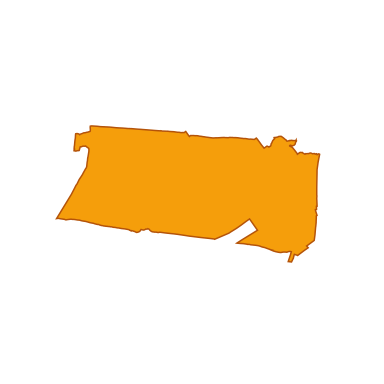 outline of Ibanesti, Botosani, Romania, rotated 325°
{"feature_id": "2599482B35973270357670", "entity_name": "Ibanesti", "entity_type": "district", "adm_level": 2, "iso_a3": "ROU", "parent_name": "Romania", "parent_adm1": "Botosani", "projection": "equal_earth", "projection_center": [26.394, 48.051], "detail": "fine", "context": "isolated", "style": "filled", "palette": "amber", "viewbox_px": 384, "rotation_deg": 325, "n_neighbors": 0, "source": "geoboundaries", "source_scale": "gbopen_adm2", "svg_char_len": 5947}
<svg xmlns="http://www.w3.org/2000/svg" viewBox="0 0 384 384"><g transform="rotate(325 192 192)"><path d="M296.1,260.8L300.3,255.0L304.7,249.0L307.2,245.5L312.4,239.9L318.2,234.3L318.1,234.0L318.0,233.9L317.6,233.4L317.3,233.2L316.6,233.2L315.9,233.2L315.9,232.0L315.8,231.9L314.8,231.8L314.5,231.4L314.5,230.9L314.4,230.8L313.9,230.4L313.3,230.2L312.8,229.9L312.6,229.7L312.2,229.0L311.8,228.4L311.5,228.1L311.1,227.8L309.7,227.5L308.8,226.9L308.2,226.5L307.4,226.1L307.2,226.0L307.1,225.8L306.5,225.9L306.2,225.8L305.4,224.1L305.0,223.2L305.0,222.8L304.6,222.6L304.3,222.4L304.0,222.2L303.4,221.6L302.9,221.5L301.1,221.5L300.0,221.5L300.2,220.8L300.2,220.4L300.0,215.9L299.9,215.0L299.9,214.2L299.8,213.3L299.6,212.6L299.4,212.2L299.0,211.5L298.5,210.8L298.4,210.5L298.4,210.2L298.7,210.0L299.0,210.0L299.4,210.1L299.6,210.3L300.1,211.0L300.4,211.4L300.9,211.8L301.6,212.0L302.2,212.2L302.9,212.2L304.0,211.9L305.4,210.7L306.7,210.2L306.8,210.1L306.6,209.9L307.1,209.1L306.4,209.4L306.2,209.3L305.8,208.9L305.3,208.6L304.8,208.2L304.2,207.8L303.7,207.4L303.5,206.9L302.7,206.6L302.1,206.1L301.5,205.8L301.4,206.0L300.1,205.3L299.6,205.2L299.1,204.9L299.0,204.6L298.8,204.4L298.9,204.1L298.9,203.2L298.5,202.5L298.3,201.5L298.1,200.9L297.9,200.0L297.4,198.7L297.2,197.9L296.7,197.3L295.9,196.9L295.3,196.4L294.6,196.2L293.6,196.1L292.8,195.7L292.2,195.5L291.5,195.0L291.0,194.8L290.5,194.5L290.3,194.6L290.4,195.2L290.4,195.6L290.2,195.7L289.9,195.8L289.0,195.9L287.7,196.2L286.5,196.9L285.8,197.4L285.4,197.6L284.7,197.8L283.8,198.6L283.1,199.3L282.7,199.4L282.4,199.5L282.0,199.3L281.2,199.1L280.8,199.3L280.5,198.8L280.4,198.5L279.9,197.6L279.6,197.4L276.2,197.4L275.9,193.2L275.9,190.3L275.8,186.1L275.6,184.7L273.2,184.7L270.1,182.1L269.2,181.6L267.3,179.7L266.5,178.9L264.9,177.8L264.1,177.0L263.6,176.6L262.8,175.9L261.2,174.4L260.8,174.0L259.2,172.7L257.0,171.1L256.4,170.5L255.5,169.9L254.2,168.9L252.8,168.3L250.7,166.7L250.0,166.2L249.7,165.8L248.9,165.3L247.5,164.4L244.2,162.4L242.3,161.1L240.8,160.2L240.1,159.7L237.4,157.3L236.9,156.8L235.1,155.2L233.8,153.9L232.9,153.1L231.4,151.6L230.1,150.5L229.7,150.0L228.9,149.2L228.1,148.5L227.0,147.8L225.5,146.5L223.1,144.9L221.7,145.0L221.6,143.1L221.6,141.7L221.6,138.8L219.5,138.8L219.4,138.6L219.2,138.5L219.0,138.3L217.1,137.1L215.6,135.6L214.2,134.6L213.4,133.8L212.2,132.7L211.7,132.2L208.4,129.6L207.1,128.4L204.8,126.7L203.7,125.8L203.1,125.5L202.4,124.8L201.6,123.9L201.3,123.9L197.1,120.5L193.5,117.5L190.1,114.7L185.6,111.0L183.7,109.5L178.8,105.4L175.6,103.0L174.1,101.7L171.4,99.5L168.8,97.5L166.8,95.9L163.2,92.8L161.3,91.2L154.3,85.8L152.2,83.9L148.3,80.8L147.9,80.4L147.4,80.2L146.5,79.7L145.9,80.3L145.2,81.4L144.7,82.3L144.2,83.0L143.9,83.4L143.6,83.7L143.3,83.9L141.0,83.2L139.8,82.6L138.5,82.2L137.5,81.6L137.1,81.4L135.5,81.1L133.5,80.5L132.9,80.7L132.7,80.1L132.6,79.7L132.4,79.3L132.0,78.8L131.3,78.3L131.3,78.1L130.1,77.6L129.5,78.2L127.7,80.5L127.1,81.2L126.0,82.3L124.5,84.0L122.5,86.4L121.6,87.3L120.3,88.9L120.5,89.1L120.5,89.3L119.7,90.3L119.5,90.0L119.1,90.4L119.0,90.6L119.4,90.9L119.8,91.3L120.2,91.8L120.6,92.0L121.3,92.2L122.3,92.7L122.9,93.1L123.4,93.3L126.3,90.9L126.7,91.0L127.4,91.6L127.9,91.6L129.0,91.9L130.2,92.8L130.6,93.1L131.1,93.2L131.3,93.5L131.5,94.4L132.1,96.1L132.4,96.9L132.3,97.2L132.2,97.6L131.7,98.4L130.8,99.6L127.1,103.4L126.2,104.2L125.3,105.2L124.4,106.3L123.0,107.7L120.4,110.7L120.0,111.0L119.2,111.6L118.0,112.0L115.8,113.1L113.9,114.0L113.2,114.4L112.0,115.0L106.7,117.1L103.3,119.0L102.6,119.4L100.8,120.0L96.7,122.2L91.7,124.8L80.7,129.6L65.8,136.1L67.4,136.9L68.8,138.4L71.8,141.2L72.7,142.5L74.2,143.2L76.1,144.2L76.9,144.6L77.6,145.1L78.4,145.9L79.5,146.7L80.4,147.5L82.2,149.3L83.7,150.5L84.7,151.8L85.6,152.8L88.1,155.2L89.5,156.9L91.0,158.8L93.3,161.1L94.0,162.1L95.0,163.3L95.9,164.3L97.0,165.2L97.4,166.0L97.7,166.4L98.1,166.8L98.3,167.2L99.0,167.9L99.7,168.5L100.2,169.2L101.5,170.3L101.9,170.8L102.7,171.3L103.5,172.2L104.2,172.7L104.7,173.1L105.0,173.5L105.3,173.8L105.6,173.9L105.9,174.2L106.4,174.7L107.2,175.7L108.7,176.9L110.2,178.5L110.8,179.0L111.2,179.3L113.3,181.5L115.5,183.4L117.5,185.4L117.9,185.8L118.9,186.9L118.9,187.4L119.1,187.7L119.8,188.5L119.7,188.8L119.8,189.1L120.0,189.2L120.6,189.2L121.9,190.9L122.5,191.7L122.8,192.3L123.2,193.1L123.5,193.4L124.6,193.9L126.4,194.3L126.9,194.2L128.0,193.8L128.8,193.5L129.5,194.4L130.4,195.3L130.9,195.6L131.9,195.8L132.7,195.8L132.9,195.9L133.9,196.6L134.4,196.8L134.8,197.0L134.9,196.9L135.3,197.5L135.6,198.3L135.5,198.9L136.0,200.7L136.2,201.1L136.7,201.9L137.2,202.3L138.2,203.3L139.6,204.3L140.7,205.5L141.4,206.0L142.6,206.5L145.3,209.0L146.6,210.2L148.9,212.2L151.5,214.5L152.7,215.5L155.8,218.3L161.4,223.6L164.6,226.7L165.3,227.3L173.2,234.4L180.1,240.4L183.2,243.2L183.4,243.7L198.7,246.9L200.5,246.9L207.7,247.3L213.2,247.3L219.7,247.1L223.7,247.1L223.7,251.6L223.7,260.9L205.0,259.8L199.4,259.6L199.5,259.7L202.1,261.9L204.5,263.8L207.0,266.2L207.4,266.7L209.0,267.9L209.6,268.6L209.7,268.8L213.4,272.0L215.2,273.7L216.2,274.8L217.2,276.2L217.5,276.7L218.3,277.7L219.7,279.2L221.0,281.1L222.2,282.8L223.2,284.2L224.1,285.3L223.7,285.2L224.9,287.1L226.6,289.2L228.5,291.2L230.1,292.6L230.4,292.7L230.9,292.9L232.2,293.5L233.7,294.5L234.8,295.4L235.1,295.7L235.8,295.9L236.7,296.1L237.1,296.3L237.8,296.6L238.4,297.1L238.8,297.5L239.1,297.9L236.4,300.1L235.3,300.9L230.9,304.2L233.4,306.4L235.3,305.3L235.6,305.2L236.1,304.8L236.7,304.6L237.3,304.2L237.8,303.6L238.5,303.1L239.2,302.4L240.1,301.8L240.9,302.9L241.4,303.4L242.1,304.6L244.5,304.5L250.3,304.3L255.2,304.3L254.9,302.0L263.5,301.8L264.4,301.7L268.0,297.8L273.0,291.8L273.6,291.2L276.1,288.3L276.8,287.3L277.5,286.4L277.8,286.0L278.6,285.0L280.1,282.9L281.0,282.9L282.4,278.4L283.0,277.2L284.0,277.7L285.7,275.1L286.3,275.4L289.3,270.7L290.4,268.9L292.1,266.8L292.3,266.3L292.4,266.1L292.6,265.8L292.7,265.7L296.1,260.8Z" fill="#f59e0b" stroke="#b45309" stroke-width="1.5"/></g></svg>